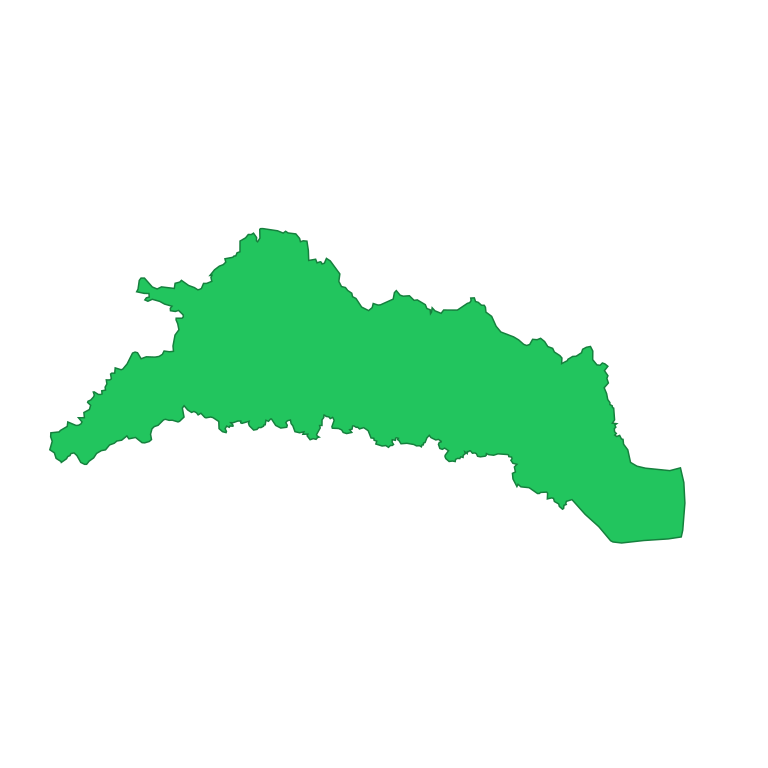 Vondrozo, Atsimo-Atsinanana, Madagascar (Robinson projection), rotated 280°
{"feature_id": "10022922B86038713071830", "entity_name": "Vondrozo", "entity_type": "district", "adm_level": 2, "iso_a3": "MDG", "parent_name": "Madagascar", "parent_adm1": "Atsimo-Atsinanana", "projection": "robinson", "projection_center": [47.287, -22.691], "detail": "fine", "context": "isolated", "style": "filled", "palette": "green", "viewbox_px": 768, "rotation_deg": 280, "n_neighbors": 0, "source": "geoboundaries", "source_scale": "gbopen_adm2", "svg_char_len": 6138}
<svg xmlns="http://www.w3.org/2000/svg" viewBox="0 0 768 768"><g transform="rotate(280 384 384)"><path d="M250.7,79.8L255.2,84.3L257.7,85.2L259.0,87.2L261.1,87.7L262.3,90.7L260.2,94.0L254.1,99.0L252.9,103.1L253.3,105.1L256.8,107.0L260.8,110.9L265.7,113.0L269.3,117.2L270.8,121.2L276.3,124.3L278.8,128.6L281.5,130.9L283.1,135.4L288.2,139.8L285.7,142.3L288.2,148.6L284.2,155.9L284.5,158.6L286.6,162.8L288.9,164.7L294.0,162.8L299.6,163.3L302.2,165.2L304.1,168.7L310.5,173.2L311.3,175.0L310.9,178.6L311.6,181.8L310.9,187.7L311.7,189.1L316.7,192.8L325.3,189.6L327.9,190.9L324.4,195.1L322.6,199.4L324.0,201.6L323.1,204.4L321.3,206.3L323.4,208.8L320.0,213.3L319.8,214.6L321.4,219.0L321.2,221.4L318.4,227.8L311.4,229.3L309.0,233.2L308.7,236.9L309.9,237.1L312.4,235.3L315.2,236.4L314.5,239.1L315.9,239.6L316.2,242.5L317.2,242.5L319.3,239.8L319.6,242.0L322.2,246.6L322.6,249.5L320.9,249.6L320.6,251.0L323.9,257.7L321.7,257.4L319.5,258.6L316.0,263.6L317.2,266.8L319.4,268.2L319.7,270.4L321.5,272.7L322.6,272.7L323.2,274.1L327.8,274.0L327.2,276.7L329.9,278.4L330.0,279.3L324.4,284.5L322.7,290.0L324.5,295.7L326.6,295.9L328.9,294.0L331.1,295.3L332.3,298.1L328.9,299.4L327.0,301.5L321.6,304.6L321.3,309.4L323.0,313.4L320.4,312.8L321.4,317.7L319.6,317.3L316.3,320.9L317.9,323.8L317.7,326.7L319.8,327.9L320.4,329.3L321.3,327.1L322.5,326.4L329.6,328.8L331.9,327.8L332.4,330.1L338.0,329.2L340.5,330.5L342.9,330.2L343.0,330.9L342.0,332.7L342.1,335.3L340.6,337.1L342.2,339.2L341.6,339.8L339.5,341.2L332.9,340.1L331.5,340.8L332.3,347.0L331.4,350.3L329.2,352.2L328.7,355.8L330.7,360.7L333.1,358.1L334.0,360.4L337.2,360.4L337.5,361.6L336.5,364.1L336.9,365.6L335.5,367.6L337.5,371.6L335.3,376.5L328.6,380.6L328.8,383.4L326.9,384.0L326.5,386.8L323.5,386.4L322.6,392.9L323.7,396.5L322.4,399.4L324.6,401.0L324.9,402.8L326.1,403.9L328.1,402.1L330.6,401.8L330.5,405.0L332.6,404.8L333.2,405.7L333.0,407.6L331.6,407.0L331.0,408.5L328.1,411.1L329.6,416.9L329.6,424.0L328.7,426.7L329.4,429.7L328.6,431.7L330.7,432.1L330.9,433.3L332.8,433.2L333.5,434.6L338.4,435.6L341.3,437.5L339.4,439.5L337.9,444.7L338.9,447.3L337.5,450.3L336.8,450.3L336.1,448.6L334.0,448.1L330.2,450.2L329.8,452.8L331.4,454.9L329.5,459.1L324.4,456.6L323.0,456.7L321.2,457.9L319.0,461.6L320.0,464.7L320.0,467.6L322.2,467.6L323.5,469.3L323.7,471.6L325.6,472.2L325.4,474.6L327.5,474.4L329.5,476.1L331.3,475.3L329.9,478.0L331.9,477.8L332.1,479.2L333.1,479.8L333.2,480.7L331.2,483.1L331.9,485.5L331.4,487.1L329.1,488.7L329.0,491.5L330.5,496.2L331.4,497.0L333.3,496.9L332.6,499.3L332.9,504.4L335.0,508.3L336.0,518.0L335.7,519.0L334.2,519.5L334.2,522.3L332.6,523.1L330.9,522.2L328.3,524.7L328.0,528.9L324.9,526.8L320.2,528.7L318.3,526.0L312.9,527.5L306.1,532.7L308.5,533.4L306.5,536.7L307.1,544.9L302.8,554.2L303.2,556.1L304.4,557.0L305.8,563.0L304.8,564.1L299.2,564.8L300.9,568.7L300.8,570.8L297.9,572.2L296.2,576.9L293.9,577.9L291.7,581.5L292.6,582.5L295.8,582.3L297.0,584.4L298.0,583.7L300.1,584.0L302.8,589.2L290.5,604.8L280.8,620.3L269.0,634.4L268.2,636.9L268.7,645.6L275.0,667.1L280.8,690.8L285.0,703.3L291.8,703.6L319.0,701.0L339.0,696.4L352.9,690.5L348.3,680.5L346.5,656.1L347.0,647.4L349.6,640.4L361.5,635.5L366.3,630.4L371.0,629.0L371.1,627.4L374.3,625.0L372.7,622.3L373.8,620.1L375.6,621.4L377.1,619.3L380.1,618.6L381.7,619.8L383.7,618.4L385.3,620.0L385.1,615.7L388.7,617.3L400.1,614.4L400.5,613.1L402.2,612.5L403.0,610.0L404.9,609.7L407.6,607.0L413.2,604.9L418.5,601.5L424.0,604.8L428.2,602.5L431.0,603.1L435.4,598.8L440.3,601.4L442.2,598.0L442.6,595.4L440.0,593.6L439.8,590.4L444.2,585.3L452.7,583.9L456.8,580.8L455.3,576.9L452.7,573.6L449.1,573.1L444.7,568.4L443.9,565.0L440.3,560.9L438.8,560.5L434.9,555.4L440.5,554.7L442.5,552.3L445.1,546.2L448.4,543.9L449.3,538.8L453.7,534.8L456.2,530.3L454.2,527.1L453.8,522.6L448.2,520.6L446.7,517.8L447.3,514.7L450.8,509.0L452.9,503.5L455.5,490.1L460.3,484.4L469.3,478.3L472.5,471.9L477.1,470.6L478.9,469.1L478.5,466.3L480.8,462.6L481.1,459.8L484.5,458.0L483.7,454.5L481.3,455.3L479.0,454.3L477.9,452.1L469.5,443.4L467.2,429.9L463.5,428.0L464.9,421.5L467.4,418.2L462.8,418.3L461.3,417.6L465.1,416.6L465.8,413.1L469.3,410.9L472.6,402.2L471.6,399.1L475.3,393.7L473.8,387.6L474.3,384.4L478.1,379.9L475.8,378.4L469.2,378.3L461.3,366.7L460.7,364.3L461.4,359.4L457.2,359.1L453.6,356.1L455.9,348.6L463.4,341.5L464.5,337.9L467.8,336.5L469.8,332.0L472.3,329.3L472.6,325.2L477.2,321.7L484.7,321.4L495.9,309.7L497.7,305.5L492.6,304.3L491.6,302.5L491.6,301.7L492.9,301.3L493.3,300.0L491.7,297.0L495.0,295.0L492.6,288.4L502.4,286.3L511.3,283.3L511.0,279.6L509.6,277.0L512.7,275.6L516.5,271.1L516.1,263.3L517.3,260.6L515.1,258.5L516.4,252.6L516.0,237.6L515.5,235.3L514.6,234.8L506.1,236.5L502.1,234.8L502.9,233.5L506.1,233.1L509.9,229.3L508.1,227.3L507.7,224.4L503.9,222.3L499.8,217.4L489.2,219.2L487.7,216.5L484.4,215.8L484.0,214.1L482.5,213.0L479.7,205.6L476.5,207.0L473.6,204.9L471.5,201.4L467.1,197.3L460.7,193.8L461.2,195.7L458.8,195.1L455.2,196.6L452.3,191.9L451.7,188.8L446.4,187.6L445.3,186.2L444.4,184.3L446.0,180.6L447.1,174.5L450.9,166.5L448.9,165.2L446.9,160.8L441.7,160.9L441.0,148.0L438.2,144.1L439.3,139.0L446.7,129.7L446.1,126.3L443.5,125.0L434.7,125.3L431.9,124.4L431.6,132.0L432.3,136.8L428.9,137.7L427.6,135.0L425.3,133.9L424.5,137.1L427.2,141.1L426.4,148.8L424.6,154.0L423.8,161.7L421.4,160.4L419.1,161.0L419.2,165.9L420.8,168.9L417.2,174.2L415.1,174.7L413.7,173.7L412.7,167.9L411.0,168.1L407.5,170.4L401.8,172.6L395.9,169.7L384.8,169.6L379.6,171.0L378.5,167.0L378.3,161.7L374.7,160.6L372.1,157.7L370.7,153.8L369.5,145.2L366.7,140.4L372.0,135.8L372.2,133.3L370.8,131.0L359.1,127.5L353.2,124.1L352.4,122.6L353.2,116.5L347.9,116.9L347.4,114.0L346.3,113.0L341.8,114.6L340.4,113.3L339.8,109.8L335.9,111.1L332.5,109.9L329.6,110.8L328.3,107.2L325.3,108.1L324.5,106.9L324.1,104.5L325.9,100.0L325.6,99.1L322.9,100.6L321.0,100.3L317.3,98.0L315.6,95.5L314.4,95.3L312.1,98.8L307.7,98.3L303.8,93.4L298.8,94.8L297.7,89.0L294.2,93.2L292.1,92.5L290.3,90.3L289.7,87.9L291.7,79.2L287.2,79.4L282.0,73.3L280.4,72.4L278.1,64.4L274.1,64.9L270.0,67.2L261.2,66.3L259.0,71.3L253.8,74.0L251.6,79.3L250.7,79.8Z" fill="#22c55e" stroke="#15803d" stroke-width="1.5"/></g></svg>